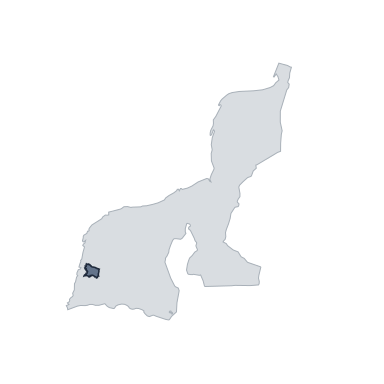 Ancuabe, Cabo Delgado, Mozambique shown in context, rotated 197°
{"feature_id": "85939544B12924931865401", "entity_name": "Ancuabe", "entity_type": "district", "adm_level": 2, "iso_a3": "MOZ", "parent_name": "Mozambique", "parent_adm1": "Cabo Delgado", "projection": "mercator", "projection_center": [39.811, -12.944], "detail": "fine", "context": "in_parent", "style": "filled", "palette": "slate", "viewbox_px": 384, "rotation_deg": 197, "n_neighbors": 0, "source": "geoboundaries", "source_scale": "gbopen_adm2", "svg_char_len": 6566}
<svg xmlns="http://www.w3.org/2000/svg" viewBox="0 0 384 384"><g transform="rotate(197 192 192)"><path d="M119.2,256.8L121.7,254.9L137.8,237.1L138.8,236.4L137.5,233.5L139.6,230.0L139.9,224.7L140.5,223.9L143.0,222.1L146.3,216.6L148.5,212.4L148.7,210.4L145.7,204.6L144.8,201.5L145.7,198.9L146.0,196.4L145.6,195.5L143.7,194.5L143.4,193.4L143.4,192.1L143.8,191.4L146.1,190.2L146.6,189.6L148.5,182.9L147.8,177.9L147.8,172.2L148.2,166.3L148.1,163.0L146.6,159.1L146.5,156.4L147.5,154.4L147.7,153.3L144.2,152.7L142.3,151.1L135.6,148.6L130.4,148.2L126.1,144.4L122.7,143.8L118.4,141.0L104.7,140.5L104.2,140.2L103.7,131.8L103.2,129.0L101.5,126.1L101.0,124.0L101.2,122.6L108.7,119.6L123.5,115.3L126.8,113.9L152.0,105.4L152.7,105.9L155.3,110.2L159.5,115.2L160.5,114.5L166.6,113.7L167.5,113.1L169.3,112.6L171.4,112.3L172.1,112.6L174.4,115.7L175.2,121.4L175.2,125.3L175.0,128.1L173.2,131.3L171.8,135.3L169.9,137.5L170.0,138.6L172.1,141.0L172.6,142.0L172.5,144.1L172.8,145.0L174.8,146.3L176.2,148.3L181.7,154.2L183.1,155.2L184.2,155.5L184.8,156.6L184.5,158.0L183.6,158.8L183.9,159.9L185.0,160.7L187.5,160.6L187.8,160.2L187.7,155.0L186.8,152.0L185.7,150.6L187.8,145.0L189.0,143.5L193.1,142.8L195.0,142.3L195.8,141.6L196.4,139.9L196.9,134.9L197.1,130.2L196.6,127.5L197.2,123.4L198.1,120.9L197.7,120.4L197.4,117.0L187.1,103.3L181.2,97.2L180.3,96.6L177.0,96.1L175.4,93.8L174.0,81.6L171.8,72.8L175.2,67.0L176.3,63.3L177.0,62.8L179.9,62.5L190.0,62.7L192.5,63.0L193.6,62.6L196.3,60.4L198.5,60.4L201.4,61.9L203.0,63.1L203.2,64.2L205.2,64.8L208.9,65.0L211.5,64.4L213.2,63.1L214.9,62.4L216.7,62.4L218.1,62.8L219.1,63.8L220.8,64.5L223.5,64.9L226.4,64.3L229.5,62.6L231.3,60.9L232.3,58.0L232.9,57.6L237.3,57.3L239.6,57.9L242.7,59.7L247.8,56.5L251.1,55.4L254.3,55.4L256.9,54.6L258.9,53.1L261.0,52.1L265.4,50.9L268.3,49.3L276.4,43.1L277.3,44.9L279.0,46.6L276.8,48.4L278.7,49.5L277.3,51.2L277.2,52.4L277.8,53.6L276.9,55.6L275.7,57.1L275.4,58.3L276.5,60.3L275.9,64.0L277.6,70.0L277.1,72.0L277.5,76.8L276.8,78.6L277.9,79.2L278.4,81.1L278.0,84.4L276.2,85.8L276.0,87.2L278.2,87.2L278.2,91.4L277.9,92.7L278.5,94.1L277.8,95.6L278.6,102.4L278.7,107.3L278.8,108.1L280.8,108.9L280.7,110.3L279.5,112.0L279.6,114.6L280.9,112.6L281.8,112.6L282.5,113.4L282.6,116.3L283.0,117.8L282.8,119.1L280.5,121.6L280.4,124.0L279.5,124.3L279.1,124.9L279.7,126.2L279.6,127.4L278.1,131.2L270.4,140.2L270.2,141.8L268.2,144.6L266.1,145.1L264.9,145.8L265.8,148.4L255.5,154.7L254.5,155.6L252.8,158.0L249.4,159.2L245.7,159.4L245.1,159.9L236.7,162.8L235.1,164.2L231.5,165.5L225.9,168.7L221.3,171.7L216.1,176.3L215.4,178.7L212.9,182.0L209.2,185.8L207.0,188.9L206.9,190.3L205.6,190.7L204.5,189.4L204.0,192.0L203.1,192.2L202.1,191.6L197.5,194.4L194.0,197.5L189.1,203.4L181.9,209.2L180.3,209.4L178.1,207.4L176.8,207.2L178.7,209.4L178.6,214.3L177.7,220.0L177.8,221.3L182.5,227.4L184.9,234.5L185.0,238.2L187.4,242.9L188.5,250.0L188.2,256.7L189.4,257.8L189.8,256.8L190.0,252.6L190.7,251.5L191.3,251.7L191.9,253.9L192.1,256.3L191.2,261.5L191.5,263.7L192.7,267.2L191.3,271.3L189.2,282.8L189.7,283.5L190.8,283.8L191.2,282.5L191.8,282.6L192.1,283.3L191.2,287.8L190.3,289.8L187.2,294.7L185.5,296.8L182.7,298.8L176.1,302.0L162.9,306.7L154.5,310.3L147.9,314.7L145.0,317.6L143.8,321.0L141.6,324.5L143.5,327.4L146.0,329.5L147.1,326.0L147.8,326.0L146.6,340.6L137.5,340.9L134.9,340.3L133.4,340.4L133.3,334.3L132.2,329.8L132.6,326.5L132.5,324.7L130.6,323.6L130.1,320.1L131.2,317.4L131.2,295.2L128.0,284.6L123.7,276.9L123.4,273.1L121.5,264.6L119.2,256.8ZM177.4,72.0L178.5,71.5L178.7,70.5L178.0,70.0L177.4,70.1L177.1,71.7L177.4,72.0ZM176.7,70.2L175.8,69.4L175.2,69.6L175.0,70.3L175.7,71.1L176.4,71.1L176.7,70.2Z" fill="#d9dde1" stroke="#a8b0b8" stroke-width="1"/><path d="M269.0,84.7L268.9,84.3L268.9,84.2L268.7,83.9L268.7,83.7L268.6,83.4L268.7,83.2L268.8,83.0L269.0,82.6L269.2,82.4L269.3,82.4L269.4,82.2L269.5,82.3L269.5,82.2L269.8,82.0L269.8,81.9L270.0,81.8L270.1,81.7L270.3,81.4L270.4,81.2L270.5,81.1L270.6,80.9L270.7,80.7L270.7,80.4L270.7,80.2L270.6,80.3L270.4,80.5L270.1,80.5L269.9,80.5L269.7,80.6L269.4,81.0L269.2,81.0L268.9,81.2L268.8,81.3L268.7,81.3L268.6,81.2L268.3,81.2L268.2,81.3L268.0,81.2L267.9,81.2L267.6,81.3L267.3,81.3L267.2,81.3L266.9,81.3L266.6,81.2L266.3,80.9L266.2,80.8L266.0,80.7L265.9,80.8L265.8,80.7L265.7,80.7L265.6,80.8L265.5,80.7L265.3,80.7L265.2,80.8L265.0,81.0L265.1,81.3L264.9,81.3L264.9,81.5L264.8,81.4L264.7,81.4L264.5,81.7L264.4,81.8L264.5,81.8L264.4,82.0L264.5,82.1L264.5,82.3L264.4,82.3L264.4,82.5L264.2,82.5L264.0,82.8L263.9,82.8L263.7,82.9L263.6,83.0L263.4,83.2L263.1,83.2L263.0,83.3L262.5,83.2L262.5,83.3L262.4,83.3L262.2,83.2L262.1,83.3L261.9,83.3L261.8,83.2L261.7,83.1L261.4,83.0L261.1,83.0L260.8,83.0L260.7,83.0L260.6,82.9L260.5,82.7L260.4,82.6L260.2,82.8L260.0,82.7L259.9,82.5L259.7,82.6L259.4,82.7L259.2,82.6L258.9,82.5L258.8,82.4L258.7,82.4L258.4,82.2L258.3,81.9L258.2,81.9L258.2,82.0L258.0,82.3L257.9,82.3L257.7,82.4L257.8,82.5L257.7,82.5L257.6,82.8L257.6,83.0L257.5,83.3L257.4,83.4L257.4,83.6L257.3,83.8L257.4,84.0L257.3,84.3L257.2,84.4L257.1,84.5L256.9,84.5L257.1,84.8L257.1,85.0L257.2,85.3L257.4,85.4L257.5,85.6L257.5,85.8L257.5,86.1L257.7,86.3L257.7,86.7L257.6,86.9L257.6,87.0L257.7,87.8L257.8,89.0L257.9,89.3L258.1,89.4L258.1,89.5L258.2,90.5L258.1,91.1L258.4,91.1L258.8,91.1L259.1,91.2L259.3,91.1L259.6,91.2L259.8,91.2L260.0,91.0L260.2,90.9L260.3,91.0L260.5,91.2L260.8,91.2L261.0,91.3L261.3,91.3L261.5,91.3L261.8,91.2L262.1,91.3L262.2,91.5L262.4,91.5L262.5,91.5L262.6,91.4L262.8,91.4L263.3,91.5L263.6,91.5L263.7,91.4L263.9,91.3L264.0,91.3L264.3,91.3L264.6,91.3L264.8,91.4L265.0,91.2L265.3,91.1L265.6,91.1L266.0,91.2L266.4,91.3L266.5,91.3L266.8,91.4L266.9,91.5L266.9,91.8L267.0,91.8L267.0,91.7L267.2,91.8L267.3,91.9L267.5,91.9L267.6,92.0L267.8,92.1L268.1,92.5L268.4,92.6L268.5,92.5L268.5,92.4L268.7,92.5L269.0,92.4L269.1,92.5L269.2,92.4L269.3,92.4L269.4,92.6L269.5,92.5L269.8,92.6L270.0,92.8L270.1,92.7L270.4,92.6L270.5,92.6L270.6,92.4L270.6,92.2L270.8,92.1L271.0,92.1L271.3,92.1L271.4,92.3L271.5,92.3L271.8,92.2L272.0,92.3L272.0,92.2L272.0,91.9L272.0,91.7L272.0,91.4L272.0,91.2L271.9,91.0L271.5,90.5L271.4,90.0L271.5,89.9L271.7,89.7L271.8,89.6L272.0,89.5L272.3,89.6L272.1,89.0L271.6,87.7L271.8,87.7L271.7,87.6L271.8,87.6L272.0,87.5L272.0,87.4L271.9,87.3L271.8,87.2L271.6,87.2L271.6,87.3L271.3,87.2L271.2,87.1L271.2,87.3L271.0,87.2L270.9,87.3L270.9,87.2L270.4,87.0L270.5,86.5L270.5,86.3L270.4,86.2L270.2,86.2L269.8,86.1L269.7,86.0L269.7,85.9L269.4,85.9L269.2,85.8L268.9,85.8L268.7,85.6L268.8,85.4L268.6,85.1L268.6,84.9L268.6,84.7L269.0,84.7Z" fill="#64748b" stroke="#1e293b" stroke-width="1.5"/></g></svg>